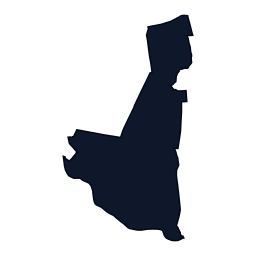 Seitin, Arad, Romania
{"feature_id": "2599482B44381411397281", "entity_name": "Seitin", "entity_type": "district", "adm_level": 2, "iso_a3": "ROU", "parent_name": "Romania", "parent_adm1": "Arad", "projection": "natural_earth1", "projection_center": [20.85, 46.157], "detail": "fine", "context": "isolated", "style": "filled", "palette": "ink", "viewbox_px": 256, "rotation_deg": 0, "n_neighbors": 0, "source": "geoboundaries", "source_scale": "gbopen_adm2", "svg_char_len": 3154}
<svg xmlns="http://www.w3.org/2000/svg" viewBox="0 0 256 256"><path d="M183.8,238.0L183.0,236.3L182.1,236.1L181.8,235.9L181.0,235.5L180.5,234.4L180.2,233.5L180.2,232.5L180.0,232.4L179.9,232.0L179.3,230.9L179.0,230.2L178.4,229.0L178.0,227.9L177.8,227.5L177.5,227.0L177.2,226.7L176.8,226.4L176.5,226.1L176.4,226.0L176.5,225.6L176.6,225.0L176.8,224.2L177.2,222.9L177.7,221.1L178.3,218.8L178.7,217.6L179.2,215.4L179.7,212.7L180.0,211.3L180.2,209.8L180.1,208.7L180.0,207.4L180.0,207.0L179.8,205.3L179.6,203.4L179.2,199.5L178.8,195.5L178.4,192.0L178.1,189.5L177.6,185.0L176.9,179.8L176.5,176.5L176.4,174.9L176.4,172.5L176.6,169.9L178.7,165.1L178.2,162.2L177.7,157.9L176.9,156.1L175.8,151.9L174.5,148.7L175.0,148.3L177.9,148.5L179.4,138.6L180.0,134.8L180.5,130.9L180.9,122.4L181.5,111.4L181.5,101.8L186.8,101.5L186.0,90.6L184.8,90.7L182.7,90.9L177.7,91.0L175.6,89.6L174.2,89.7L173.8,89.6L170.6,85.7L171.2,85.5L172.0,85.0L172.8,84.5L173.2,84.1L173.9,83.3L174.3,82.8L174.7,82.4L175.1,82.2L175.5,82.0L175.8,81.7L175.8,81.4L175.9,80.4L176.1,78.0L176.1,76.8L176.6,75.5L177.4,73.4L177.5,73.1L177.9,72.7L178.4,72.1L178.8,71.6L179.0,71.2L179.3,70.6L179.4,70.2L179.5,69.7L179.6,69.3L181.8,69.1L182.4,69.0L182.8,68.9L183.0,68.7L183.3,68.4L187.2,68.2L187.6,68.1L188.0,67.8L188.4,67.3L188.6,66.8L188.8,66.3L189.0,65.7L189.4,65.4L190.6,64.1L191.6,62.6L191.4,60.7L191.2,58.0L191.2,57.7L191.6,55.9L191.5,55.2L191.4,54.1L190.7,52.1L190.2,47.1L188.9,42.7L188.1,38.1L186.5,35.7L192.7,35.3L192.5,34.8L192.4,34.3L192.3,33.9L191.9,32.5L190.5,26.8L188.1,17.9L187.8,16.4L187.7,16.3L187.7,16.2L187.6,15.8L187.6,15.7L184.3,15.4L182.3,15.5L181.3,15.7L178.5,17.3L175.0,19.2L172.3,20.6L171.2,21.2L169.8,21.7L166.4,22.7L165.1,23.1L162.9,23.9L161.0,24.4L159.4,24.7L148.0,26.9L148.5,28.9L147.8,30.7L146.6,35.1L147.6,40.8L148.4,47.2L149.5,55.6L150.9,63.3L152.1,72.7L152.1,72.9L150.1,72.9L145.6,82.4L143.7,86.3L140.5,92.9L134.2,106.1L134.4,106.5L127.9,119.8L123.9,128.2L122.7,131.1L120.6,137.5L103.1,134.7L76.8,129.8L75.1,133.5L74.9,134.0L74.2,135.1L73.7,137.0L72.5,136.7L72.3,137.3L71.7,137.3L69.9,137.0L68.1,137.2L69.1,141.8L69.3,143.1L70.1,144.3L72.3,146.6L74.1,148.7L75.9,150.8L77.4,152.3L77.0,152.7L76.2,152.8L75.9,153.7L73.4,156.6L71.6,158.9L71.1,159.3L70.2,160.2L70.0,160.7L69.7,161.2L68.8,160.8L67.5,159.9L66.6,159.3L65.9,159.1L65.5,158.4L65.4,158.2L65.1,157.5L64.7,157.0L64.8,156.9L64.2,156.7L63.3,156.3L64.2,163.1L64.4,165.1L65.4,169.8L67.6,174.1L68.9,175.8L70.9,176.9L73.5,178.1L75.1,178.2L77.5,178.1L79.8,178.1L80.9,178.7L82.3,180.0L83.4,180.6L86.9,182.1L88.9,183.0L91.2,185.9L92.8,191.0L93.0,193.5L93.5,197.3L93.9,200.1L94.5,202.3L95.3,203.9L96.4,204.9L101.6,207.3L102.4,208.0L106.9,211.8L109.5,213.4L113.6,215.4L116.3,217.9L121.1,221.8L124.0,224.0L127.7,227.4L129.6,228.5L132.1,229.0L137.1,230.0L141.1,230.1L147.7,229.1L152.5,229.0L158.0,229.1L160.9,229.6L162.6,230.6L163.7,233.5L164.3,235.2L165.1,236.6L166.0,237.7L167.3,238.6L170.7,240.0L171.4,240.2L171.9,240.3L172.7,240.5L174.6,240.6L175.2,240.6L176.2,240.6L176.6,240.5L176.9,240.5L177.5,240.5L178.1,240.4L178.8,240.1L179.9,239.6L181.1,239.0L182.6,238.3L183.8,238.0Z" fill="#0f172a" stroke="#020617" stroke-width="1.5"/></svg>